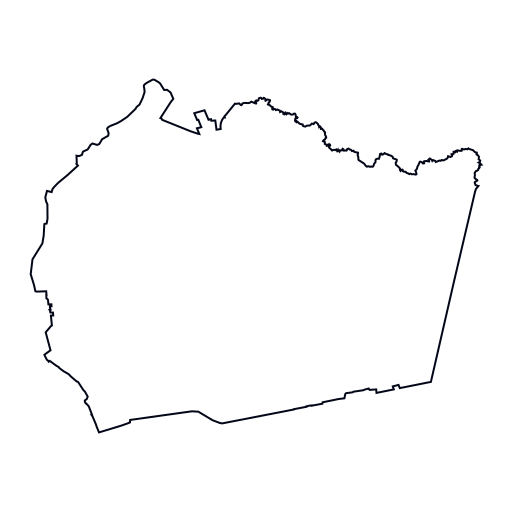 Staphorst, Overijssel, Netherlands
{"feature_id": "6326949B79471435364663", "entity_name": "Staphorst", "entity_type": "district", "adm_level": 2, "iso_a3": "NLD", "parent_name": "Netherlands", "parent_adm1": "Overijssel", "projection": "orthographic", "projection_center": [6.228, 52.637], "detail": "fine", "context": "isolated", "style": "outline", "palette": "ink", "viewbox_px": 512, "rotation_deg": 0, "n_neighbors": 0, "source": "geoboundaries", "source_scale": "gbopen_adm2", "svg_char_len": 6011}
<svg xmlns="http://www.w3.org/2000/svg" viewBox="0 0 512 512"><path d="M152.7,79.6L147.2,82.6L145.0,84.1L144.1,85.1L143.8,86.1L144.3,88.8L144.6,92.1L142.5,98.4L139.5,104.6L136.7,106.9L135.4,109.0L127.2,116.9L121.1,121.0L117.4,123.1L110.2,126.0L107.8,127.5L107.1,128.8L108.6,133.2L108.4,134.9L108.1,135.8L102.1,139.2L99.3,144.0L97.1,144.9L92.4,143.5L90.4,145.1L88.2,148.7L87.4,149.6L83.2,151.5L82.6,152.5L82.3,154.0L81.9,154.9L79.0,156.1L76.5,155.7L76.8,163.5L76.4,163.9L77.9,165.6L67.6,175.0L58.1,182.9L54.4,186.7L52.5,189.1L51.6,192.1L47.0,190.9L45.3,197.3L46.0,201.2L47.4,204.4L47.5,218.8L46.8,222.8L46.6,223.6L44.5,223.9L44.3,224.6L43.7,235.5L42.4,243.4L32.5,259.3L30.7,274.2L34.0,285.0L35.4,291.3L37.1,291.6L46.2,291.3L46.5,294.9L46.3,294.9L46.4,298.4L47.4,299.0L48.0,300.0L48.4,304.3L51.4,304.3L51.5,306.3L49.9,306.4L50.1,309.1L49.8,309.4L50.6,309.5L50.7,309.9L50.1,311.0L50.1,311.6L50.4,312.5L53.0,312.6L53.2,315.5L50.9,315.6L51.9,325.5L51.1,325.9L45.7,332.3L50.5,350.3L44.4,354.7L44.7,355.6L46.9,359.8L48.2,360.8L48.7,361.7L49.8,360.9L56.0,365.5L58.7,367.1L59.3,368.0L63.5,371.2L68.6,374.1L70.9,376.5L76.6,381.4L78.1,382.0L83.4,390.1L84.9,391.6L87.7,396.6L86.8,399.0L84.8,400.5L84.9,401.9L85.5,403.0L86.3,403.5L86.4,404.0L87.1,404.4L88.8,406.4L92.0,414.7L91.5,414.9L92.5,416.3L96.1,424.8L96.5,426.3L99.0,432.4L121.7,425.5L128.4,423.1L130.0,422.4L129.9,421.1L130.4,420.4L130.3,419.9L192.0,411.3L198.4,411.7L212.5,420.2L219.9,423.0L222.2,423.4L293.8,409.5L293.8,409.2L306.4,406.8L306.3,406.4L309.1,405.7L311.8,405.4L311.8,405.7L322.4,403.7L322.6,402.3L338.7,399.0L344.4,398.3L345.3,394.0L346.0,393.2L352.7,392.3L353.4,391.7L363.5,390.2L364.9,389.5L368.4,388.6L368.4,388.9L369.9,389.6L369.9,389.9L376.2,389.4L376.5,392.9L393.8,389.4L392.8,386.4L398.5,384.9L399.8,388.1L430.9,381.9L454.1,281.0L475.1,191.5L476.0,188.9L478.4,186.0L475.6,185.1L474.7,182.8L474.9,182.0L477.3,180.6L477.1,179.9L475.5,178.9L474.5,177.7L474.9,175.1L474.7,172.9L475.9,171.1L477.2,170.7L478.1,170.0L478.2,169.0L479.0,168.4L479.0,167.4L479.6,167.3L479.3,165.8L480.1,165.4L479.8,164.7L481.3,164.6L479.9,163.1L478.7,162.5L479.9,161.8L480.2,160.5L478.6,159.2L479.0,157.2L478.8,156.5L477.9,155.3L476.5,154.4L476.9,153.0L476.8,152.6L475.9,152.5L474.7,151.9L473.0,150.2L469.0,148.9L468.4,148.4L467.3,149.3L465.7,148.9L464.0,149.5L462.1,148.8L461.7,149.1L461.8,150.3L461.6,150.8L459.6,150.8L457.2,150.3L456.9,150.6L457.2,151.4L457.1,151.7L455.6,151.0L454.9,151.5L455.3,152.2L455.1,152.4L453.6,151.9L453.5,153.9L451.5,154.2L451.6,154.7L452.2,155.4L452.0,156.2L450.5,157.0L448.1,156.2L447.7,157.8L447.0,158.6L443.6,160.4L441.6,160.0L440.7,160.8L439.3,160.6L435.8,162.0L435.1,160.9L433.3,160.1L433.0,160.1L432.3,160.9L431.9,160.0L429.9,158.5L428.4,159.7L429.2,161.2L429.1,161.5L426.4,161.0L424.2,161.2L423.7,161.8L424.2,163.2L424.0,163.4L422.8,163.4L422.1,162.4L420.2,161.6L419.6,162.1L418.5,164.9L417.5,166.5L416.9,168.9L415.4,170.6L416.2,172.6L416.5,174.1L415.8,174.6L413.3,174.1L411.9,174.3L410.4,173.6L409.2,174.1L408.2,173.4L406.7,173.0L405.7,171.8L403.5,171.6L402.8,171.0L402.7,169.9L402.3,169.6L401.5,169.9L400.6,170.9L399.9,169.9L400.1,168.6L398.2,166.6L395.9,164.7L395.7,162.8L396.6,161.4L396.8,160.0L396.7,159.6L393.2,158.4L393.0,158.2L392.7,156.9L391.4,155.8L390.3,155.6L389.5,155.1L388.3,155.0L388.1,154.5L386.5,154.1L384.5,153.1L383.7,154.1L382.1,154.7L381.5,154.3L381.5,153.7L381.2,153.5L380.0,154.1L379.6,156.9L378.9,158.8L378.0,158.6L376.2,159.1L375.5,160.1L375.5,162.1L374.0,164.0L373.6,165.6L373.0,166.5L372.1,166.8L371.2,166.5L369.9,166.8L368.1,166.2L367.0,166.7L365.9,166.0L364.1,163.6L358.7,160.1L358.3,159.0L358.3,157.0L357.6,155.1L358.1,153.1L358.0,152.7L354.3,151.9L353.5,150.7L352.0,151.1L351.0,149.8L349.6,149.5L348.6,148.6L347.2,149.0L346.8,150.2L346.5,150.6L345.4,150.4L344.0,150.7L343.8,150.6L343.8,150.0L343.3,149.2L342.6,148.8L342.0,150.3L340.4,150.3L339.7,151.4L339.3,150.4L338.2,150.9L337.9,149.8L337.7,150.1L337.6,151.3L337.2,151.3L336.7,149.8L336.3,149.4L335.4,150.1L334.4,149.8L332.8,150.0L332.1,150.5L330.4,148.7L329.6,148.2L328.8,146.9L328.8,146.6L330.0,145.7L330.2,145.2L329.9,144.6L329.2,144.2L329.0,145.0L328.0,144.9L327.8,145.6L326.8,145.8L326.7,144.6L325.5,144.4L324.8,143.9L324.8,142.0L323.0,141.2L323.7,140.1L324.9,139.6L325.4,138.2L326.2,137.8L326.1,136.8L325.1,134.9L324.9,133.4L325.1,132.3L324.1,131.5L323.7,130.5L322.8,129.8L322.3,128.8L320.9,128.9L320.9,127.7L320.4,126.7L319.2,127.2L319.2,125.9L318.4,125.3L318.0,124.0L316.2,122.4L315.7,122.2L314.5,122.7L313.6,124.1L311.9,123.6L309.9,125.5L307.0,125.6L305.2,126.6L303.3,126.1L302.8,125.7L302.7,124.5L299.5,123.7L297.6,121.8L296.5,122.3L296.2,122.0L296.4,121.7L296.3,121.0L295.2,121.1L295.0,120.6L295.3,118.7L296.8,118.3L297.5,117.6L297.0,117.0L295.9,116.8L295.6,114.6L295.0,113.7L293.8,113.7L292.9,114.5L291.1,114.6L289.0,113.1L288.2,113.6L287.2,113.0L286.9,113.8L286.4,114.3L285.3,112.8L284.7,114.1L284.2,114.4L283.3,113.8L283.6,113.0L283.2,112.4L281.3,111.3L280.1,112.0L279.8,110.6L277.2,109.5L275.9,110.1L275.2,109.2L273.6,108.6L273.2,109.6L272.5,109.5L272.3,109.3L272.2,108.1L272.6,107.1L270.8,106.3L269.7,105.1L267.9,104.5L268.0,104.2L268.6,103.9L268.6,102.5L269.3,102.2L270.0,100.7L270.0,100.2L267.2,99.4L265.6,100.8L265.4,100.7L265.5,99.4L264.6,98.2L263.8,97.9L263.4,98.6L261.8,98.9L261.5,98.1L260.7,97.7L259.0,98.2L258.3,100.4L257.1,100.9L256.3,100.4L255.2,101.4L255.1,101.8L256.2,102.9L256.2,103.4L256.0,103.6L251.3,101.7L249.9,102.7L248.4,103.1L244.1,102.9L242.3,103.6L242.0,104.5L241.4,105.1L240.7,104.9L239.1,103.4L236.0,103.9L235.0,103.6L225.4,115.4L224.9,115.7L224.5,116.3L224.8,117.5L223.8,117.4L222.2,119.7L220.8,123.2L220.5,126.4L220.7,129.0L216.5,129.7L215.3,120.5L211.3,120.7L211.0,119.2L208.9,119.7L208.9,119.4L208.4,119.5L204.5,110.3L194.3,113.2L197.1,120.0L198.3,119.8L201.3,127.2L196.9,128.3L199.3,134.0L197.5,133.6L190.4,131.2L162.3,119.9L161.6,118.7L160.4,118.1L170.6,102.3L173.3,98.8L170.5,92.4L167.0,89.8L164.2,90.0L160.2,83.6L158.9,82.4L154.4,79.7L152.7,79.6Z" fill="none" stroke="#020617" stroke-width="2"/></svg>